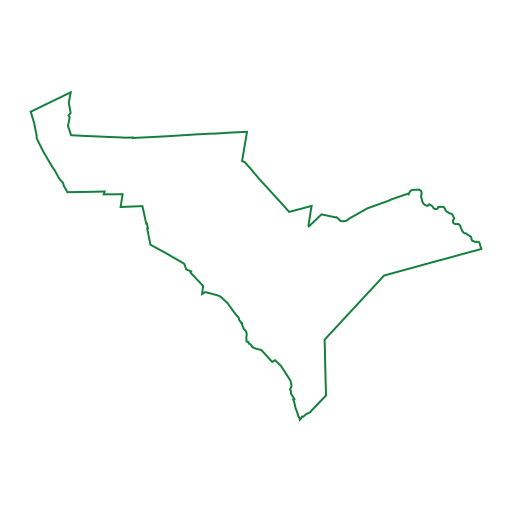 Progreso, Coahuila, Mexico (Natural Earth projection)
{"feature_id": "50627088B48984419836516", "entity_name": "Progreso", "entity_type": "district", "adm_level": 2, "iso_a3": "MEX", "parent_name": "Mexico", "parent_adm1": "Coahuila", "projection": "natural_earth1", "projection_center": [-100.831, 27.377], "detail": "fine", "context": "isolated", "style": "outline", "palette": "green", "viewbox_px": 512, "rotation_deg": 0, "n_neighbors": 0, "source": "geoboundaries", "source_scale": "gbopen_adm2", "svg_char_len": 4214}
<svg xmlns="http://www.w3.org/2000/svg" viewBox="0 0 512 512"><path d="M247.0,131.8L228.5,132.7L213.9,133.7L211.9,133.6L193.9,134.5L192.9,134.6L191.5,134.7L190.3,134.8L188.4,134.9L168.1,136.2L164.4,136.4L159.2,136.7L148.9,137.2L138.2,137.7L136.3,137.8L134.4,137.9L133.0,138.0L132.7,138.0L132.7,137.5L125.6,137.7L120.4,137.4L109.5,137.0L94.1,136.3L85.6,136.0L71.1,135.2L68.0,126.0L69.7,117.2L68.5,115.5L70.6,113.0L68.8,102.6L70.7,92.3L46.2,104.2L30.7,111.7L34.0,122.5L34.2,123.3L35.4,129.5L36.6,135.3L36.7,138.4L42.2,149.4L43.5,151.9L48.1,159.8L51.6,165.8L51.7,166.0L54.7,170.4L59.3,178.7L59.5,178.9L63.0,182.9L63.9,185.9L67.4,192.2L91.7,191.8L104.6,191.5L103.7,194.3L113.4,194.3L122.6,194.2L121.8,199.2L121.8,199.4L120.6,207.0L142.2,206.1L142.4,206.1L145.0,217.9L146.2,223.7L146.9,223.6L147.9,228.3L147.2,228.5L150.4,244.7L167.1,253.8L177.9,260.1L178.1,260.2L184.2,263.8L184.3,263.9L184.8,265.3L186.2,269.4L191.2,271.4L190.6,272.7L195.6,278.0L203.1,285.9L202.1,294.0L205.3,292.1L217.4,295.3L220.2,296.4L221.4,297.4L227.5,303.1L234.1,312.3L234.7,312.9L234.8,313.2L234.9,313.3L235.2,313.8L235.7,314.3L238.8,317.9L239.3,320.2L240.4,321.6L240.5,321.6L241.0,322.7L241.6,322.6L242.1,323.4L241.9,324.0L242.1,325.0L244.0,329.3L245.8,330.9L246.5,332.9L246.7,334.4L246.3,338.0L246.6,341.6L248.4,342.0L248.8,343.5L250.2,344.2L251.7,345.7L251.8,346.5L253.7,347.9L256.8,348.9L261.3,350.0L263.3,352.2L272.2,361.9L275.0,360.2L280.8,365.7L286.8,374.9L290.1,380.1L291.1,382.7L291.5,386.4L290.0,389.2L291.1,391.4L290.9,393.5L294.4,399.0L293.2,399.5L293.9,400.9L295.7,408.6L297.0,411.8L298.4,416.5L299.4,417.8L299.8,419.7L301.3,418.1L301.8,416.6L303.2,416.7L305.2,415.0L305.6,414.4L310.3,412.2L311.5,410.6L326.0,395.5L325.4,373.1L324.8,346.3L324.6,339.7L327.0,337.1L336.1,327.3L376.1,284.1L380.3,279.6L384.1,275.5L389.7,274.0L395.7,272.3L396.1,272.2L406.8,269.3L439.1,260.4L439.8,260.3L458.0,255.3L458.2,255.2L481.3,249.0L479.4,242.8L479.1,242.2L478.6,241.9L477.7,241.9L476.3,241.8L475.2,242.0L473.7,241.2L473.2,241.0L472.5,240.9L472.1,240.6L471.9,239.9L471.6,239.4L471.5,239.2L471.4,238.7L471.3,237.6L470.9,236.7L469.8,236.1L468.7,235.3L467.9,234.8L466.7,234.0L466.2,233.6L465.7,233.4L465.1,233.3L464.6,233.3L464.0,233.0L463.4,232.4L462.8,231.7L462.1,230.7L461.5,229.1L461.0,228.4L460.7,227.6L460.6,226.9L460.4,226.3L460.2,226.0L460.0,225.5L459.6,225.0L458.7,224.2L458.3,224.0L457.9,224.1L457.4,224.1L457.0,224.0L456.1,224.1L455.4,224.1L454.3,223.6L453.9,223.4L453.5,223.0L453.3,222.7L453.1,222.2L452.9,221.0L453.1,220.5L453.3,220.1L453.8,219.3L454.0,218.7L454.0,218.2L453.8,217.5L453.4,216.7L453.0,215.8L452.9,215.4L452.5,214.8L451.3,213.7L450.2,213.5L449.0,212.9L448.3,212.4L447.6,212.1L446.9,211.8L446.5,211.3L445.8,210.7L445.5,210.4L445.4,210.0L445.0,209.0L444.8,208.4L444.4,207.9L443.7,207.1L443.2,206.9L442.6,206.9L440.9,206.8L440.0,206.9L438.8,206.9L438.2,207.0L438.0,207.8L437.8,208.2L437.4,208.7L436.4,209.0L435.5,209.1L434.7,209.0L434.2,208.7L433.8,208.3L433.4,207.9L433.1,207.3L432.8,206.9L432.3,206.3L431.6,205.7L430.4,205.0L429.7,204.3L429.4,204.3L429.2,204.4L428.9,204.6L428.6,204.7L428.3,205.0L428.2,205.4L427.7,205.8L427.0,205.8L425.6,205.3L424.3,204.5L423.4,203.5L422.2,201.3L421.9,199.4L421.7,198.9L421.3,197.5L420.9,196.2L421.2,195.6L421.4,195.0L421.5,194.6L421.6,193.1L421.5,192.2L421.2,191.2L421.0,190.9L420.9,190.8L420.9,190.7L420.7,190.6L420.2,190.5L419.7,190.2L419.3,189.7L419.0,189.7L418.8,189.7L418.6,189.7L418.4,189.6L418.1,189.6L417.9,189.6L417.7,189.7L417.1,189.8L413.2,189.8L412.1,190.0L411.1,190.5L410.7,190.8L410.2,191.3L409.1,193.0L408.6,194.3L407.9,193.7L391.4,199.4L388.2,200.9L367.5,208.3L349.8,218.2L347.9,219.6L347.3,220.3L345.9,220.9L343.3,221.3L339.8,220.9L339.8,221.1L339.6,219.9L339.2,219.6L338.6,219.0L337.8,218.4L337.0,217.7L336.2,217.1L335.8,217.4L335.5,217.4L331.6,216.5L321.5,214.4L313.4,222.1L308.9,226.4L308.4,225.7L308.8,223.4L310.2,214.6L310.2,214.2L311.6,205.9L305.8,207.5L299.8,209.1L296.7,209.9L296.4,210.0L296.4,209.9L294.8,210.4L289.9,211.7L289.1,211.9L283.3,205.3L278.2,199.7L277.9,199.4L263.4,183.5L261.3,181.3L258.2,177.7L249.8,167.8L245.0,162.4L244.9,162.2L242.1,161.0L242.1,160.8L242.1,160.6L243.7,151.4L247.0,131.8Z" fill="none" stroke="#15803d" stroke-width="2"/></svg>